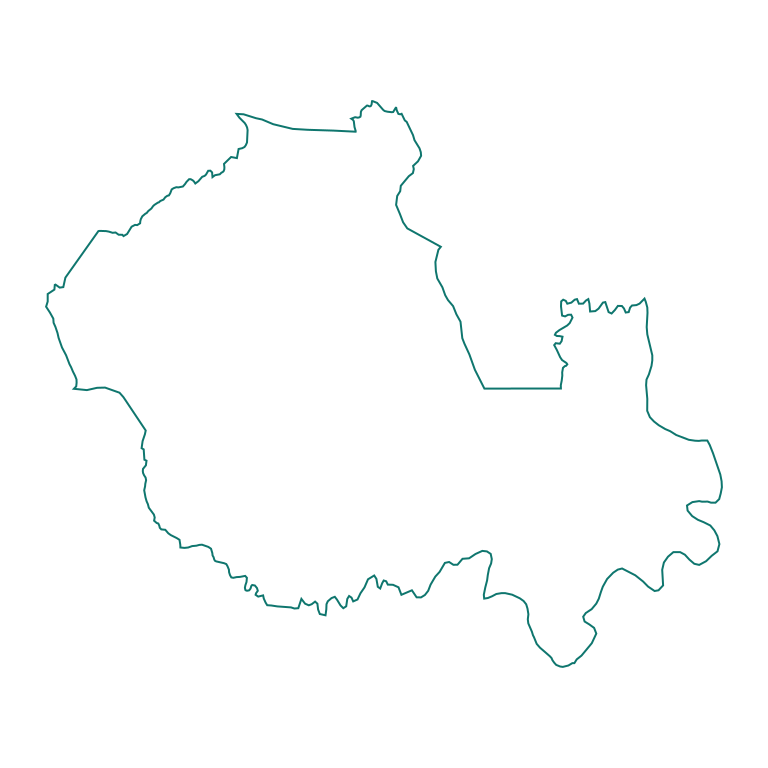 outline of Mecatlán, Veracruz, Mexico
{"feature_id": "50627088B34984367598758", "entity_name": "Mecatlán", "entity_type": "district", "adm_level": 2, "iso_a3": "MEX", "parent_name": "Mexico", "parent_adm1": "Veracruz", "projection": "natural_earth1", "projection_center": [-97.65, 20.21], "detail": "fine", "context": "isolated", "style": "outline", "palette": "teal", "viewbox_px": 768, "rotation_deg": 0, "n_neighbors": 0, "source": "geoboundaries", "source_scale": "gbopen_adm2", "svg_char_len": 6098}
<svg xmlns="http://www.w3.org/2000/svg" viewBox="0 0 768 768"><path d="M574.4,663.1L576.7,659.4L581.5,655.6L591.8,643.2L596.3,633.6L594.1,627.9L589.3,624.4L584.6,621.5L583.2,616.7L585.8,613.0L591.7,609.1L596.3,603.6L598.8,598.7L600.9,592.0L602.8,586.7L607.1,579.0L613.2,572.7L617.8,569.6L622.1,568.5L635.3,575.3L643.1,581.5L648.1,586.6L654.6,591.0L658.5,590.3L663.1,585.4L662.2,569.8L663.9,562.5L668.0,556.7L673.4,552.1L680.1,552.1L684.9,554.7L689.4,559.6L694.3,563.8L699.2,564.9L706.1,561.2L711.7,555.8L717.5,551.3L719.4,544.1L717.4,536.1L714.3,530.3L710.3,525.5L703.7,522.2L697.9,519.8L692.2,516.1L687.6,510.6L687.0,505.5L692.4,502.1L699.2,501.1L702.1,501.7L707.7,501.6L711.1,502.7L715.5,502.7L719.2,499.1L720.7,493.5L721.9,487.3L721.6,481.3L720.3,474.5L713.0,453.2L709.7,444.9L707.3,440.5L701.9,440.5L698.8,440.9L695.0,440.7L688.8,439.8L676.2,435.0L670.2,431.2L665.1,429.0L658.7,425.2L654.0,421.5L649.9,417.2L647.2,410.8L647.3,398.9L646.1,385.2L646.5,379.6L648.9,374.4L651.5,365.9L652.3,360.4L652.3,355.3L647.3,334.4L646.7,327.1L647.5,312.8L647.3,307.5L645.8,301.9L644.5,298.6L639.6,303.6L636.4,305.1L632.0,305.5L630.1,307.6L628.7,312.1L625.7,312.5L624.0,308.5L621.9,306.0L617.9,305.9L614.9,310.0L611.6,313.5L608.6,312.1L605.3,302.1L602.9,302.6L598.6,308.6L595.3,311.1L590.1,311.5L589.4,303.5L588.3,299.1L586.0,300.5L583.1,303.6L578.9,303.7L577.0,299.1L574.7,299.7L571.4,302.6L567.3,303.7L565.8,300.9L563.2,299.7L561.2,301.4L561.0,306.3L562.1,315.6L565.1,316.4L568.1,314.8L571.1,314.7L572.5,317.6L569.7,323.1L567.2,325.5L559.4,330.1L555.9,332.8L554.9,334.8L556.9,336.0L559.6,336.1L562.5,336.7L561.6,341.1L559.8,343.7L555.7,343.2L554.2,345.1L556.8,349.9L560.2,357.3L562.1,360.1L566.4,363.0L567.3,364.3L566.1,365.8L564.9,366.1L563.0,367.8L562.2,372.3L562.3,375.7L561.7,380.7L560.8,385.2L560.9,388.5L484.4,388.6L474.9,369.8L469.4,354.5L464.4,343.6L462.3,338.2L460.5,321.7L456.4,314.3L453.1,306.1L448.0,300.1L445.2,295.2L442.4,287.3L437.3,278.5L435.9,271.3L435.4,262.0L438.4,249.8L440.8,246.8L407.3,228.4L403.1,222.3L400.0,214.2L396.1,204.9L397.2,196.0L400.2,191.2L400.8,185.8L408.8,176.2L412.9,173.1L413.8,169.1L413.1,165.9L418.0,161.3L421.1,155.8L420.8,152.2L419.5,148.3L414.5,140.2L413.0,135.1L406.7,121.9L404.8,120.4L401.6,113.8L400.2,114.3L398.4,113.9L396.7,110.2L396.2,107.8L395.9,107.7L395.5,108.1L393.2,112.0L391.8,112.2L387.4,111.7L384.6,111.0L383.2,109.9L377.1,102.9L372.6,101.1L372.0,101.2L371.6,104.4L370.9,105.9L370.2,106.3L369.2,106.3L367.7,105.6L366.9,105.6L361.6,110.2L360.9,111.9L360.7,115.5L360.4,116.7L359.2,117.4L357.8,117.7L355.1,117.2L351.3,118.7L353.0,119.9L353.8,121.2L354.5,127.0L355.7,131.1L355.6,131.7L333.4,130.6L307.9,129.8L292.7,128.9L273.2,124.2L262.1,119.5L256.0,118.2L243.6,114.3L236.6,113.9L239.5,117.8L244.7,123.0L246.0,125.0L247.1,127.5L247.6,130.1L247.0,142.5L245.8,145.2L244.5,147.0L242.2,148.2L238.6,149.0L236.9,158.1L231.1,157.0L224.0,163.9L224.4,167.2L224.3,169.4L223.6,171.2L222.5,172.2L221.5,172.6L219.8,174.3L215.0,175.2L212.5,177.1L212.1,172.4L210.4,170.7L208.2,170.8L206.0,174.6L204.6,175.9L202.2,176.8L198.4,181.2L195.3,183.5L193.9,181.4L192.7,180.3L190.7,179.2L189.1,179.2L186.5,181.9L185.0,184.1L182.9,186.5L178.4,187.4L176.3,187.2L173.6,188.2L171.7,189.4L170.2,193.3L168.9,195.4L167.3,195.8L165.3,197.2L163.5,199.6L160.3,201.0L158.8,202.4L157.9,202.6L154.4,204.9L153.1,206.1L151.4,208.5L148.3,211.0L146.6,213.1L145.5,213.6L142.3,216.3L140.8,219.2L140.3,221.2L140.1,223.3L137.2,225.1L135.0,224.9L131.6,226.7L127.1,234.0L123.5,236.1L122.4,234.8L118.6,234.7L115.6,232.5L112.6,232.8L108.8,231.6L106.1,231.1L99.9,230.9L98.4,231.1L65.4,277.6L63.3,287.1L59.7,287.6L55.5,284.6L54.8,284.9L54.4,289.6L47.7,294.0L47.7,301.5L46.1,306.7L49.9,312.5L53.3,318.6L53.6,322.8L55.4,326.8L57.5,333.0L58.6,337.9L62.0,347.5L66.1,355.3L69.5,364.2L71.1,367.2L72.9,371.5L75.1,375.9L76.5,379.5L76.6,382.8L76.2,386.4L73.9,388.8L86.9,390.1L97.1,387.8L105.1,387.6L119.5,392.7L123.4,397.1L145.7,430.5L144.9,434.3L142.6,441.1L141.6,448.2L143.7,449.4L144.4,459.7L146.5,460.7L145.9,465.3L143.0,468.9L142.8,471.1L143.1,473.1L144.1,475.3L145.6,477.6L146.1,480.2L145.3,483.8L145.1,486.2L144.2,490.3L145.5,497.4L146.6,501.3L147.9,504.2L148.8,507.7L153.9,514.6L154.7,517.5L154.1,520.7L156.7,523.0L158.3,523.5L159.3,525.7L159.8,527.8L161.3,529.4L165.3,529.8L168.3,533.3L170.8,535.1L176.6,538.0L179.5,539.8L180.3,544.9L180.4,547.5L184.5,547.9L188.2,547.5L192.1,546.1L196.4,545.7L199.4,544.9L202.0,544.7L208.3,546.9L211.0,548.7L212.3,553.0L212.6,555.5L213.6,557.2L214.2,559.4L214.9,560.7L216.2,561.4L224.1,563.2L226.3,564.1L227.5,566.2L228.9,569.6L229.1,572.3L230.0,575.1L231.3,577.4L233.3,577.8L236.6,577.1L240.0,576.9L245.2,575.9L246.9,577.8L246.5,582.0L245.4,585.2L244.9,587.8L245.4,590.0L246.3,590.6L247.6,590.7L249.2,590.3L250.5,588.6L251.3,586.0L252.2,585.0L254.9,585.5L257.0,588.1L257.8,590.8L256.0,593.3L255.6,594.8L258.2,596.6L263.1,595.4L263.8,598.6L265.6,602.6L267.2,605.2L271.4,605.5L277.3,606.4L291.0,607.4L294.4,608.5L298.3,608.2L301.4,598.9L305.1,603.7L308.8,605.3L311.7,604.2L315.1,601.6L317.4,603.7L318.1,609.5L319.8,614.0L325.5,615.3L326.3,609.4L326.5,604.2L327.8,601.3L331.5,598.1L334.8,596.8L336.9,599.5L340.5,605.4L343.3,608.2L346.2,606.3L347.3,598.9L349.1,596.0L351.5,597.6L353.2,601.4L357.5,599.5L360.5,593.2L364.5,587.4L368.0,579.3L374.2,575.5L376.4,578.9L377.8,586.8L380.2,588.5L382.2,583.2L383.7,580.5L386.2,581.3L387.8,584.6L393.0,584.8L398.5,587.3L401.4,594.8L411.9,590.3L416.6,597.3L421.0,597.4L424.9,595.0L428.2,590.8L430.6,584.6L435.3,576.6L439.6,571.9L444.9,562.9L449.1,562.0L453.4,564.8L457.5,564.7L462.5,558.8L469.1,558.3L475.5,554.0L482.3,550.9L486.9,551.4L490.7,553.9L491.8,559.1L491.1,563.5L489.1,568.2L487.8,575.0L487.1,580.4L485.3,587.4L483.8,594.8L484.2,598.6L487.9,598.0L492.0,596.3L496.3,594.0L501.7,593.1L505.0,593.1L512.2,594.7L519.8,598.3L523.6,601.0L526.2,604.3L527.5,608.6L528.4,614.3L527.8,619.3L528.3,623.4L531.9,631.7L533.0,635.3L533.9,637.0L536.7,643.9L540.0,647.7L549.8,656.2L551.5,658.0L552.5,660.3L554.3,662.8L556.2,664.9L560.1,666.5L562.8,666.9L568.4,665.5L572.4,663.1L574.4,663.1Z" fill="none" stroke="#0f766e" stroke-width="2"/></svg>